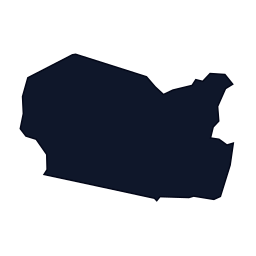 Tucker, West Virginia, United States of America (Mercator projection), rotated 356°
{"feature_id": "52423323B12346389629957", "entity_name": "Tucker", "entity_type": "district", "adm_level": 2, "iso_a3": "USA", "parent_name": "United States of America", "parent_adm1": "West Virginia", "projection": "mercator", "projection_center": [-79.514, 39.117], "detail": "fine", "context": "isolated", "style": "filled", "palette": "ink", "viewbox_px": 256, "rotation_deg": 356, "n_neighbors": 0, "source": "geoboundaries", "source_scale": "gbopen_adm2", "svg_char_len": 611}
<svg xmlns="http://www.w3.org/2000/svg" viewBox="0 0 256 256"><g transform="rotate(356 128 128)"><path d="M25.6,128.9L35.6,132.8L45.1,148.7L44.4,163.9L41.0,168.5L97.2,184.7L149.5,199.9L151.6,202.5L155.1,198.7L183.9,201.6L188.7,200.5L208.7,205.2L215.4,202.7L227.3,172.1L232.0,150.4L225.5,151.9L218.0,145.6L209.6,143.7L213.0,133.0L219.0,127.4L218.9,112.7L228.0,95.5L235.5,91.6L228.4,81.4L213.7,79.4L205.8,86.7L199.0,84.5L194.9,90.0L175.4,93.3L165.7,97.1L158.0,88.9L150.0,78.2L80.9,50.8L77.6,51.1L31.6,70.9L25.0,89.3L24.6,106.4L20.5,121.2L25.6,128.9Z" fill="#0f172a" stroke="#020617" stroke-width="1.5"/></g></svg>